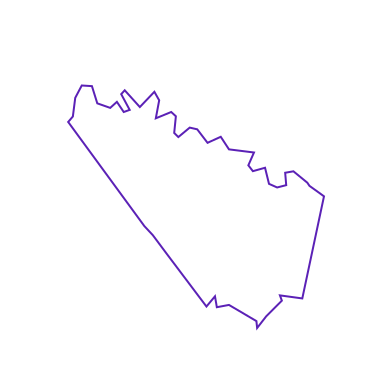 the district of Woodford, Kentucky, United States of America, rotated 129°
{"feature_id": "52423323B53246726964518", "entity_name": "Woodford", "entity_type": "district", "adm_level": 2, "iso_a3": "USA", "parent_name": "United States of America", "parent_adm1": "Kentucky", "projection": "equal_earth", "projection_center": [-84.767, 38.022], "detail": "fine", "context": "isolated", "style": "outline", "palette": "violet", "viewbox_px": 384, "rotation_deg": 129, "n_neighbors": 0, "source": "geoboundaries", "source_scale": "gbopen_adm2", "svg_char_len": 781}
<svg xmlns="http://www.w3.org/2000/svg" viewBox="0 0 384 384"><g transform="rotate(129 192 192)"><path d="M205.3,39.3L112.3,86.7L113.3,104.6L112.2,108.2L112.1,126.2L118.4,131.7L127.4,123.1L134.9,128.7L137.2,137.3L127.2,150.5L137.5,157.8L135.8,165.0L122.3,168.7L135.6,190.1L131.0,204.4L144.0,210.9L140.0,227.4L143.4,234.3L157.9,237.2L157.3,243.0L143.3,252.2L142.9,258.5L157.5,266.5L141.4,275.2L137.8,284.3L158.8,286.0L155.3,308.3L160.5,308.6L167.4,292.1L172.8,295.4L169.2,307.1L178.1,308.5L182.7,321.4L172.7,336.4L178.6,344.7L192.3,342.0L208.3,332.1L215.5,332.3L248.5,207.5L250.2,195.3L255.9,172.9L269.3,119.2L271.9,108.7L258.6,108.5L265.9,100.2L256.5,92.2L251.8,60.7L256.7,55.8L241.9,56.1L219.9,53.8L217.0,58.6L205.3,39.3Z" fill="none" stroke="#5b21b6" stroke-width="2"/></g></svg>